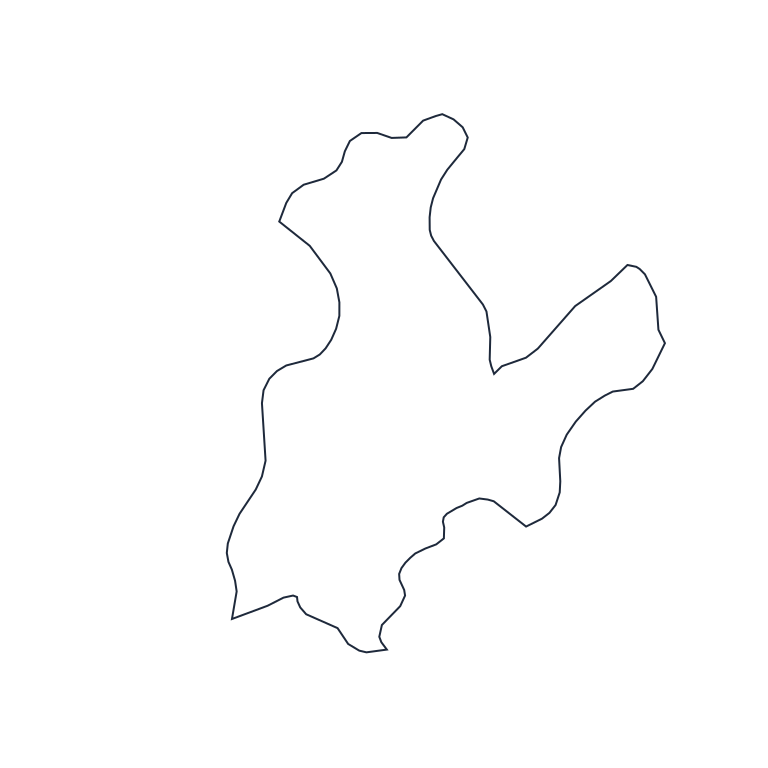 outline of Ha Noi, rotated 49°
{"feature_id": "VNM-462", "entity_name": "Ha Noi", "entity_type": "Province", "adm_level": 1, "iso_a3": "VNM", "parent_name": "Vietnam", "parent_adm1": "", "projection": "natural_earth1", "projection_center": [105.706, 20.971], "detail": "fine", "context": "isolated", "style": "outline", "palette": "slate", "viewbox_px": 768, "rotation_deg": 49, "n_neighbors": 0, "source": "natural_earth", "source_scale": "10m", "svg_char_len": 1725}
<svg xmlns="http://www.w3.org/2000/svg" viewBox="0 0 768 768"><g transform="rotate(49 384 384)"><path d="M461.6,652.9L443.9,631.3L434.8,625.5L424.3,620.6L416.2,618.1L408.4,613.5L401.9,606.5L392.7,590.9L387.2,578.2L379.5,550.0L373.7,536.8L364.2,523.7L318.4,488.7L309.7,479.0L304.8,467.1L304.0,456.3L305.9,445.6L318.4,420.4L319.6,413.1L318.8,404.7L316.0,394.8L310.9,383.9L303.3,373.0L293.1,364.1L280.9,356.9L265.4,352.0L231.0,349.4L192.7,356.5L183.2,338.9L179.7,328.1L180.9,313.9L189.6,294.7L191.6,279.8L188.7,270.0L182.7,260.9L178.2,250.3L179.8,236.4L190.1,224.4L203.3,216.8L212.6,205.3L210.9,181.7L212.5,177.5L215.7,169.2L218.6,163.0L229.9,157.9L241.9,156.2L252.9,159.1L259.4,169.3L261.1,179.7L263.8,195.6L267.1,206.8L276.0,225.1L281.4,232.9L288.1,240.2L297.7,248.4L303.0,251.1L308.8,252.5L388.9,257.2L396.5,259.1L418.3,273.0L435.0,288.3L441.0,291.4L448.6,294.3L447.9,283.4L457.3,259.6L458.2,244.7L450.6,188.6L455.1,145.2L453.9,122.2L461.1,116.7L464.9,115.6L472.4,115.1L496.7,121.4L523.1,141.3L537.5,145.2L548.7,171.6L551.7,186.8L551.1,199.1L539.8,216.3L537.6,225.0L535.8,236.3L536.3,249.4L538.2,263.9L542.1,279.3L547.8,291.7L554.8,300.5L573.1,314.8L581.1,322.5L587.9,333.9L589.8,343.7L589.3,353.1L584.8,370.3L544.5,378.1L539.3,381.5L532.9,387.2L528.0,399.6L527.2,404.8L525.2,410.6L523.2,421.7L523.8,426.4L526.6,429.9L531.8,432.7L539.8,440.1L539.3,449.8L535.3,460.7L532.4,471.6L532.4,478.2L532.9,485.1L534.4,491.6L537.3,497.2L542.0,500.8L552.7,503.9L557.5,506.9L562.3,517.5L564.5,543.7L571.7,553.4L577.1,555.4L586.3,556.1L575.0,573.3L569.0,577.6L556.7,581.6L537.8,579.2L506.7,593.8L497.7,593.8L491.3,591.9L487.7,589.4L484.0,591.4L479.3,600.0L475.0,617.3L461.6,652.9Z" fill="none" stroke="#1e293b" stroke-width="2"/></g></svg>